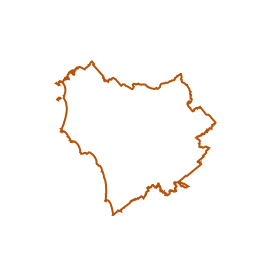 outline of Mid-Coast, New South Wales, Australia, rotated 131°
{"feature_id": "25037944B78442704405462", "entity_name": "Mid-Coast", "entity_type": "district", "adm_level": 2, "iso_a3": "AUS", "parent_name": "Australia", "parent_adm1": "New South Wales", "projection": "natural_earth1", "projection_center": [152.11, -32.076], "detail": "fine", "context": "isolated", "style": "outline", "palette": "amber", "viewbox_px": 256, "rotation_deg": 131, "n_neighbors": 0, "source": "geoboundaries", "source_scale": "gbopen_adm2", "svg_char_len": 5727}
<svg xmlns="http://www.w3.org/2000/svg" viewBox="0 0 256 256"><g transform="rotate(131 128 128)"><path d="M101.5,198.9L103.5,199.1L105.3,198.5L105.9,198.9L106.0,198.3L110.8,199.3L112.1,199.1L113.4,204.2L115.1,205.6L115.4,204.9L115.9,204.9L115.7,205.5L116.0,206.1L117.1,206.3L118.1,205.8L118.2,206.2L119.3,206.2L120.0,205.5L120.6,206.4L120.3,206.8L120.5,207.2L121.4,207.6L121.8,206.9L121.5,205.0L122.6,203.7L123.4,203.7L123.5,204.2L123.2,204.9L123.5,205.1L123.1,205.6L123.4,206.3L122.2,207.2L122.8,208.0L123.8,207.8L123.8,208.3L123.1,208.5L124.4,208.9L125.6,208.7L126.2,208.1L127.4,208.4L128.3,207.7L129.1,207.8L129.0,206.5L129.7,205.4L129.7,204.9L129.9,204.7L130.5,205.8L131.6,206.4L130.5,207.1L130.5,207.9L130.9,208.3L130.7,208.4L131.8,208.4L132.4,207.3L133.7,208.0L135.4,207.4L136.3,208.0L137.4,210.3L138.8,210.4L139.2,209.7L137.4,209.5L136.8,208.3L136.9,205.8L137.8,203.4L139.8,200.7L141.6,199.2L145.1,197.4L145.7,197.6L145.9,196.9L147.4,196.4L149.3,191.7L152.8,187.5L155.9,185.0L161.8,181.6L168.3,178.7L172.1,177.6L172.6,178.0L172.8,176.9L174.8,176.5L174.6,175.1L173.7,175.3L173.3,174.7L173.0,174.9L172.6,174.4L172.3,171.8L173.0,169.1L173.5,168.2L174.2,168.0L174.1,167.1L173.7,166.8L174.2,164.9L174.9,164.0L175.3,164.0L175.0,163.2L176.1,162.1L175.5,161.1L174.9,161.5L174.4,161.3L173.7,160.1L173.9,159.7L173.1,159.1L173.1,156.8L173.4,154.9L174.5,152.2L176.0,149.6L177.7,148.2L177.6,147.3L178.2,146.4L177.1,145.3L175.2,144.5L175.0,143.7L174.6,143.6L174.5,142.1L172.0,141.5L171.5,140.7L171.2,137.1L171.9,133.4L173.4,130.3L175.3,128.5L175.7,127.7L175.2,126.8L175.8,125.6L175.0,124.1L175.7,121.7L177.2,119.6L178.1,119.3L177.7,118.5L179.2,115.8L181.0,113.7L182.3,111.0L185.2,107.5L191.2,101.8L192.2,101.6L193.7,100.0L197.0,97.6L198.0,97.5L197.8,96.7L196.8,97.2L196.0,96.2L195.7,94.6L196.1,92.8L197.0,90.7L199.1,87.5L202.7,82.8L203.6,82.4L203.4,82.1L197.3,81.2L196.0,81.6L197.0,80.6L195.6,79.5L195.4,78.5L194.5,79.7L190.7,79.0L190.5,78.6L190.1,78.9L184.5,77.6L182.2,77.4L181.5,77.4L181.5,77.9L180.8,77.8L180.9,77.3L178.9,76.9L178.9,76.6L177.9,76.5L177.9,76.0L176.7,75.8L176.9,75.1L174.5,74.6L174.6,73.8L170.8,73.2L170.6,72.7L170.9,70.1L169.6,70.6L168.4,70.3L167.8,70.8L166.8,70.6L166.4,71.4L165.3,71.2L164.7,71.5L164.6,72.1L164.1,72.2L162.0,71.3L161.9,72.3L160.8,73.0L160.6,74.2L159.0,73.8L159.3,72.6L158.3,72.4L158.3,72.0L157.9,71.8L156.7,71.8L155.8,72.3L154.8,72.0L154.5,71.8L155.1,68.5L154.1,68.3L154.3,67.4L152.9,67.1L152.6,68.3L151.6,68.1L150.3,68.8L150.0,68.5L150.5,68.3L150.3,67.8L150.9,66.8L151.0,65.4L151.6,65.3L152.2,64.4L152.1,63.7L153.0,63.0L153.8,63.1L154.4,62.1L153.5,61.8L153.7,61.3L153.2,61.1L153.7,60.7L153.6,59.6L152.6,59.3L153.7,58.8L152.5,57.3L153.0,56.5L153.9,56.0L153.6,55.8L153.7,55.3L152.5,55.3L152.8,54.1L151.4,53.6L149.7,53.7L148.7,55.2L147.9,54.5L147.1,55.2L146.8,54.8L147.1,54.3L146.3,53.0L146.0,53.0L146.0,51.9L145.4,51.0L144.2,50.3L143.8,50.7L144.1,50.9L143.8,51.8L143.1,52.6L142.7,52.4L142.3,53.2L140.2,53.0L140.0,53.8L139.8,53.9L140.1,54.5L139.3,55.9L139.7,56.4L138.9,57.3L138.1,57.1L137.3,55.6L135.9,54.6L136.4,53.1L136.5,50.8L137.1,49.7L136.9,49.2L136.1,49.0L135.7,48.4L135.8,46.3L134.3,44.8L133.4,44.9L132.6,44.4L133.3,49.3L133.9,49.7L134.0,50.8L134.6,52.0L134.4,54.3L126.0,53.0L125.8,52.1L107.3,49.0L107.1,49.6L107.6,49.9L106.9,50.4L107.3,50.4L107.2,50.9L107.5,51.2L107.1,52.1L108.0,53.0L107.6,53.4L100.0,52.0L99.8,53.2L95.4,52.7L94.0,54.0L91.0,53.5L90.9,54.1L90.1,53.9L90.5,54.7L90.2,55.2L90.8,56.1L90.7,56.7L91.3,57.4L93.7,58.3L93.9,59.8L94.4,60.6L95.2,60.9L95.4,61.8L93.3,63.3L93.2,64.2L92.5,64.0L90.5,65.4L90.3,66.7L90.7,68.5L90.4,68.6L90.2,69.7L90.5,70.2L88.7,70.0L87.9,69.0L87.3,68.7L87.0,69.0L85.8,67.9L85.5,68.3L84.5,67.8L84.3,68.3L83.4,68.2L83.1,67.7L83.5,67.1L82.4,66.4L81.6,66.9L79.7,67.0L80.0,66.3L79.3,65.6L78.7,66.1L78.1,66.0L78.5,66.6L77.6,66.5L77.2,67.2L76.3,66.1L74.7,66.3L74.6,65.6L73.7,65.1L73.7,64.6L71.9,65.9L71.1,65.5L70.3,66.5L69.4,66.1L69.0,65.3L68.3,65.3L68.3,65.7L66.7,65.1L66.6,64.7L65.4,73.1L65.1,73.8L65.3,76.2L66.6,77.6L64.7,87.5L66.0,88.0L66.2,87.7L66.6,88.4L67.2,88.4L67.0,88.6L68.7,89.9L69.0,89.7L70.2,90.3L70.9,89.7L71.7,90.1L71.9,89.6L73.0,90.2L72.5,93.7L72.0,94.2L72.3,94.6L72.0,96.5L71.7,97.5L71.2,97.7L71.1,98.8L69.7,99.7L68.3,99.5L69.0,98.9L69.0,98.1L68.5,97.8L68.1,98.2L66.7,97.6L64.6,98.6L64.2,99.2L64.6,100.2L64.3,100.6L63.1,101.6L62.2,101.6L61.6,102.4L61.9,103.1L61.3,103.8L59.5,104.4L59.5,105.7L58.1,107.8L57.5,110.6L56.6,111.6L57.4,112.9L57.1,114.5L58.0,117.4L56.8,118.7L56.8,119.3L56.2,119.5L56.3,120.2L54.4,120.9L52.4,123.4L52.8,123.9L53.5,123.6L54.7,124.3L55.4,124.2L56.2,125.1L57.0,124.7L58.1,124.8L59.2,125.4L60.8,124.5L61.7,124.7L63.6,126.2L64.7,126.3L65.2,127.1L67.8,127.7L68.9,129.1L70.4,129.7L71.0,130.6L73.1,131.9L74.7,131.6L76.0,130.7L78.9,131.2L79.4,131.9L79.1,132.8L81.2,133.6L83.3,137.4L83.3,138.4L84.0,139.4L83.8,140.0L84.3,141.2L83.8,142.2L84.0,143.5L84.7,144.8L86.5,146.1L86.9,147.3L87.8,148.1L87.7,149.3L88.6,149.5L89.0,150.2L90.0,150.4L90.1,151.4L91.0,152.8L92.3,152.7L93.0,151.4L93.0,150.7L95.1,150.1L96.1,150.5L97.0,155.8L97.7,157.2L97.5,159.3L98.4,160.5L100.6,160.9L99.4,169.4L99.9,172.1L100.8,172.6L102.3,172.2L102.7,172.5L102.6,173.1L103.1,173.8L104.6,174.2L105.0,173.6L106.2,173.2L106.6,176.2L107.9,176.2L108.0,177.0L106.6,178.2L106.9,178.8L106.4,179.9L105.7,179.7L105.2,180.5L103.2,195.8L102.0,195.6L101.5,198.9ZM152.1,199.4L150.7,198.6L150.2,198.8L149.6,198.0L149.8,199.3L150.4,199.5L150.4,200.3L150.3,200.5L150.6,200.2L151.0,200.8L150.6,199.5L151.2,200.0L151.8,199.8L152.1,199.4ZM140.7,208.2L140.9,209.3L141.3,208.6L140.7,208.2ZM152.3,199.6L152.6,200.3L152.9,200.3L152.9,199.7L152.6,199.7L152.6,199.3L152.3,199.6ZM141.4,211.0L141.1,211.5L141.6,211.6L141.4,211.0Z" fill="none" stroke="#b45309" stroke-width="2"/></g></svg>